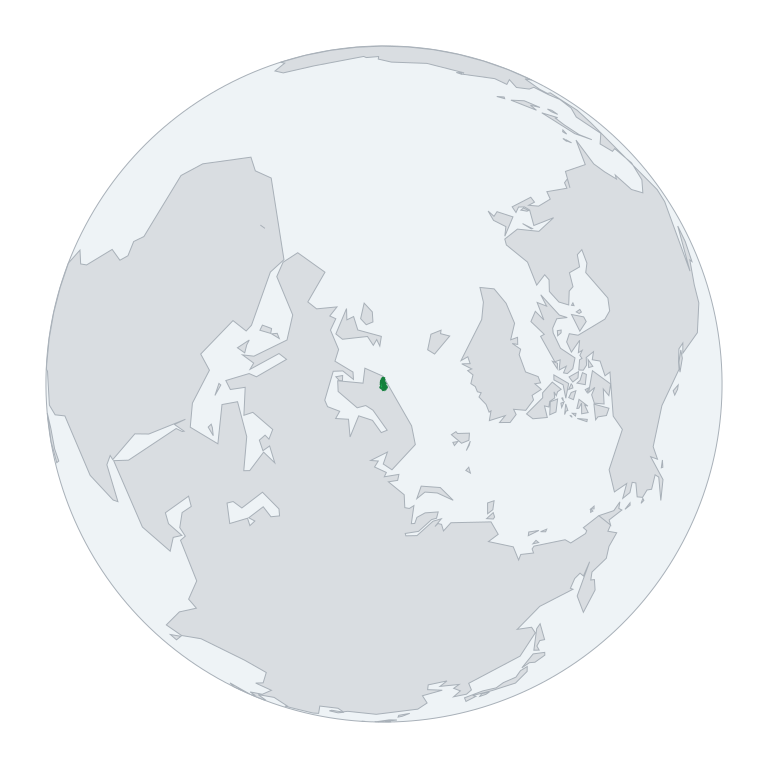 Møre og Romsdal on an orthographic globe, rotated 118°
{"feature_id": "NOR-910", "entity_name": "Møre og Romsdal", "entity_type": "County", "adm_level": 1, "iso_a3": "NOR", "parent_name": "Norway", "parent_adm1": "", "projection": "orthographic", "projection_center": [7.305, 62.718], "detail": "fine", "context": "on_globe", "style": "filled", "palette": "green", "viewbox_px": 768, "rotation_deg": 118, "n_neighbors": 0, "source": "natural_earth", "source_scale": "10m", "svg_char_len": 15465}
<svg xmlns="http://www.w3.org/2000/svg" viewBox="0 0 768 768"><g transform="rotate(118 384 384)"><circle cx="384" cy="384" r="338" fill="#eef3f6" stroke="#a8b0b8"/><path d="M46.3,396.2L48.4,402.7L50.7,385.0L50.7,376.2L48.9,373.9L51.6,342.0L56.3,323.9L84.1,234.1L91.2,221.8L97.9,214.4L140.7,166.8L106.6,198.8L116.8,184.9L131.3,169.6L130.9,172.2L150.8,156.6L164.6,144.1L191.6,131.4L216.5,134.6L207.5,139.4L214.5,140.1L226.3,134.3L232.4,130.4L272.6,128.5L313.0,116.9L322.0,107.2L323.0,114.4L337.4,92.8L356.9,84.9L337.2,97.7L336.9,102.0L351.3,98.3L354.1,102.0L362.7,102.5L364.8,107.5L353.1,115.2L354.3,118.7L364.4,115.9L372.9,119.5L357.9,123.0L371.1,129.9L354.0,145.0L312.2,152.2L304.8,166.5L267.4,190.1L273.0,192.7L262.3,204.0L264.8,211.5L257.1,214.2L265.7,217.9L272.2,214.0L278.2,214.5L280.2,218.6L270.8,222.7L268.4,221.2L266.8,224.5L261.2,224.8L265.1,227.1L253.5,231.8L267.9,233.5L261.1,242.5L252.6,244.0L249.8,235.5L223.0,219.4L213.5,219.1L203.0,226.7L190.9,258.2L182.0,261.6L172.5,272.4L179.1,274.0L188.8,266.3L198.7,272.5L209.4,262.8L215.0,264.1L227.5,258.0L229.5,268.1L224.7,281.4L214.5,287.2L212.1,293.4L225.0,295.6L209.0,314.5L203.8,341.2L199.3,345.4L184.6,338.9L176.5,318.9L157.5,312.3L173.7,326.1L162.0,337.1L161.7,343.1L164.6,348.3L170.6,348.0L167.4,354.0L150.2,342.1L152.8,336.5L158.3,340.2L154.4,331.0L142.7,324.0L137.7,330.5L125.3,314.4L121.5,319.1L116.8,318.4L123.5,311.9L111.1,323.6L95.8,309.3L78.5,329.0L91.2,302.1L93.1,288.9L93.9,275.0L90.9,277.9L96.1,256.8L93.7,245.2L82.6,252.2L72.6,269.1L67.9,290.8L71.3,291.5L70.6,305.9L60.9,310.2L58.0,339.6L52.5,348.4L50.2,362.3L51.3,374.3L51.7,391.0L55.4,394.2L60.0,406.3L56.4,416.2L61.8,416.2L62.4,429.6L73.6,460.1L71.8,459.9L80.8,496.7L96.3,528.6L99.8,541.6L97.4,542.5L104.1,552.9L104.3,555.7L136.0,595.2L156.6,619.0L158.8,627.2L147.3,622.3L148.6,626.5L130.8,607.8L114.5,587.8L99.7,566.6L86.6,544.4L75.2,521.2L65.6,497.3L57.9,472.6L52.1,447.5L48.2,422.0L46.3,396.2ZM73.4,333.2L70.5,372.0L67.3,355.7L68.8,357.5L70.6,346.3L72.2,328.7L70.7,315.2L73.4,333.2ZM82.9,337.5L83.0,331.6L83.6,336.7L82.9,337.5ZM234.6,128.2L226.3,133.8L214.6,137.9L221.2,132.7L234.6,128.2ZM257.3,122.1L254.2,125.5L246.7,123.8L250.8,122.3L257.3,122.1ZM327.8,99.8L320.4,102.5L326.6,98.7L327.8,99.8ZM363.5,101.8L364.7,99.9L368.7,101.0L363.5,101.8ZM225.6,253.0L226.5,255.4L223.7,255.3L225.6,253.0ZM230.1,248.1L226.2,246.1L227.8,243.5L230.1,244.8L230.1,248.1ZM375.5,109.8L381.5,112.4L373.4,111.0L375.5,109.8ZM234.6,251.1L231.0,239.2L233.9,234.8L245.4,235.9L234.6,251.1ZM383.6,114.8L398.3,121.4L402.2,117.7L399.4,132.5L387.9,121.6L377.3,120.4L383.6,118.3L383.6,114.8ZM273.4,211.0L266.6,215.3L270.4,207.9L273.4,211.0ZM274.4,206.2L277.6,183.9L288.7,180.0L285.4,188.1L298.3,180.3L302.2,189.3L296.0,195.6L288.0,196.3L295.5,199.3L274.4,206.2ZM395.6,139.9L397.4,142.8L393.2,141.2L395.6,139.9ZM280.8,214.1L280.5,209.8L290.1,206.0L292.6,214.0L288.7,212.6L280.8,214.1ZM299.8,174.0L307.4,172.8L312.6,179.7L316.3,180.3L303.2,189.2L299.8,174.0ZM287.5,215.6L293.6,218.2L290.9,223.9L281.8,218.1L287.5,215.6ZM291.6,201.7L296.3,200.4L294.5,203.7L291.6,201.7ZM284.9,246.0L284.2,240.6L289.2,238.1L284.9,246.0ZM296.0,218.8L296.9,216.9L298.8,215.4L302.1,218.3L296.0,218.8ZM307.8,193.6L308.4,196.9L313.4,190.3L317.5,195.5L308.1,200.6L313.9,200.6L315.1,202.2L306.0,204.6L307.8,193.6ZM311.2,216.8L300.6,225.5L300.6,235.9L296.2,238.3L296.9,221.2L311.2,216.8ZM308.9,209.4L309.3,214.5L303.6,214.7L299.9,211.4L308.9,209.4ZM323.7,197.2L319.8,187.9L322.0,187.2L323.7,197.2ZM312.3,219.7L314.8,217.6L313.0,220.4L312.3,219.7ZM321.5,204.0L319.8,200.7L322.4,199.9L321.5,204.0ZM321.3,216.1L317.9,218.8L315.2,216.6L321.3,216.1ZM322.3,210.5L326.2,210.2L316.3,214.2L321.1,209.2L322.3,210.5ZM324.1,203.8L325.1,202.2L324.5,205.2L324.1,203.8ZM333.4,223.2L321.6,228.8L315.7,223.7L328.0,219.0L333.4,223.2ZM720.5,352.7L720.7,355.2L719.4,352.1L718.7,357.6L715.1,345.8L707.3,339.6L708.3,356.9L704.6,350.4L694.0,352.5L693.3,377.3L694.8,425.9L701.1,444.7L698.9,463.1L681.3,457.7L670.0,444.4L665.7,455.5L645.8,456.9L617.5,490.3L611.6,488.0L606.7,496.9L592.3,501.9L582.6,496.7L574.8,503.9L600.3,516.6L608.5,508.7L612.6,491.4L618.4,498.1L632.0,494.3L623.7,530.2L578.6,586.7L571.2,573.8L520.9,546.6L520.7,539.9L520.3,539.3L519.5,538.3L518.1,550.0L508.4,542.8L538.6,568.2L545.0,580.6L578.1,588.0L575.7,592.2L585.4,590.8L612.8,563.7L613.6,568.7L602.6,600.6L562.0,650.8L565.6,659.9L559.8,669.5L530.7,687.1L529.5,689.0L524.7,691.2L500.7,701.1L476.1,709.1L450.9,715.2L425.3,719.4L408.5,715.3L420.4,708.2L418.5,702.5L392.8,687.2L398.7,675.3L391.0,670.3L375.7,671.9L366.5,665.2L357.0,664.7L295.2,661.1L274.7,647.4L246.2,608.0L256.2,597.7L255.1,580.3L321.2,530.7L338.5,536.9L394.3,528.6L401.9,530.6L398.9,547.1L443.6,559.9L453.8,544.6L490.8,544.2L513.1,534.8L514.8,502.6L478.2,517.4L468.4,505.0L494.9,480.5L526.4,467.1L523.5,461.9L500.7,458.3L504.9,443.4L492.4,455.9L499.7,459.6L492.1,467.7L485.0,465.0L486.7,459.7L476.4,460.9L470.6,486.5L477.4,493.0L452.1,505.0L461.0,517.1L455.2,525.3L438.1,508.0L437.5,500.0L408.0,481.6L406.4,491.0L434.0,509.2L426.7,508.9L424.7,522.6L420.5,511.9L390.7,490.3L365.9,497.0L339.5,529.1L323.9,530.3L308.6,521.8L313.0,488.6L347.3,489.8L349.3,478.8L338.0,461.7L349.4,463.8L349.0,457.2L361.5,456.6L374.8,440.3L386.9,438.0L388.0,417.0L394.3,413.1L391.8,426.5L396.6,434.8L426.1,428.7L430.5,423.2L428.9,410.3L437.2,410.5L431.8,398.8L446.7,389.1L424.0,391.4L421.5,377.1L428.2,363.6L423.3,359.5L412.3,381.5L411.6,390.0L417.6,396.5L412.1,421.0L402.9,426.4L393.1,402.9L379.0,408.3L377.6,388.3L408.0,340.0L422.8,327.9L456.0,336.7L455.0,347.1L442.5,349.0L457.8,359.9L454.7,352.9L461.7,353.4L461.0,340.4L465.8,340.2L456.8,328.4L462.7,326.7L468.3,334.2L472.3,314.2L483.4,307.6L482.0,303.2L477.3,300.5L494.5,294.3L492.7,291.4L486.3,292.3L478.5,287.2L471.5,276.1L477.9,274.6L481.3,278.3L497.9,284.3L506.0,295.1L507.8,293.4L502.4,283.7L482.1,276.3L476.1,270.1L485.9,272.1L481.9,270.9L480.9,267.3L485.8,262.5L475.1,259.8L455.5,224.8L463.1,212.6L474.1,217.8L467.1,193.4L476.2,182.5L470.3,183.2L463.0,172.6L460.1,175.8L456.7,175.4L436.5,151.0L436.7,144.5L421.4,135.8L418.3,136.2L417.3,140.5L399.4,132.5L402.2,117.7L408.9,117.2L406.1,108.7L421.8,109.1L433.5,105.9L452.4,112.1L460.0,109.4L457.9,106.4L466.8,100.9L492.0,100.8L480.5,113.9L444.4,119.0L459.9,117.8L459.0,122.1L466.2,124.3L476.9,123.5L476.5,120.8L507.2,142.1L538.1,151.2L529.5,139.5L532.7,133.6L560.4,136.1L608.5,168.7L613.1,163.2L619.1,165.5L627.5,175.7L619.1,172.5L620.0,179.6L614.0,176.6L624.7,192.6L616.6,189.0L628.9,203.7L633.4,202.0L627.0,188.8L641.2,203.7L645.4,196.2L655.2,201.5L679.3,235.8L690.0,262.3L692.6,266.1L691.9,272.4L698.5,289.5L705.5,287.1L707.8,292.1L715.0,320.3L713.8,317.3L712.3,333.9L717.3,349.2L718.7,339.6L719.3,342.1L720.5,352.7ZM302.5,562.2L301.7,567.8L302.5,562.2ZM562.8,466.7L579.6,454.7L566.6,441.5L572.0,435.9L565.6,433.7L565.6,440.6L549.1,433.0L554.3,421.5L549.5,414.3L543.6,418.1L536.6,440.5L560.2,451.3L558.6,462.0L562.8,466.7ZM74.1,460.9L75.0,466.4L72.9,461.6L74.1,460.9ZM64.4,357.2L65.0,363.9L64.5,368.8L63.6,364.3L64.4,357.2ZM75.4,411.4L77.2,419.4L74.2,412.7L75.4,411.4ZM70.7,377.9L73.8,405.2L68.1,393.2L66.6,376.1L69.1,385.6L70.7,377.9ZM77.6,340.0L77.4,344.7L75.7,345.3L77.6,340.0ZM83.3,341.3L83.0,339.9L84.1,336.5L83.3,341.3ZM163.0,337.8L164.3,338.9L166.2,344.8L163.0,343.4L163.0,337.8ZM188.1,364.1L182.4,373.3L184.3,365.6L178.8,365.1L175.9,348.6L196.8,346.7L187.8,350.3L188.1,364.1ZM177.9,326.8L177.3,337.0L177.1,325.9L177.9,326.8ZM334.4,422.9L340.0,427.5L337.3,435.3L321.9,439.5L325.8,428.2L334.4,422.9ZM348.6,432.5L343.2,408.7L352.5,405.5L348.2,411.3L354.9,411.6L349.8,420.9L364.0,441.7L362.4,450.0L335.0,452.5L344.8,446.9L338.7,442.5L348.6,432.5ZM313.0,357.7L310.8,348.5L333.8,353.4L333.3,361.5L318.0,365.9L309.7,358.9L313.0,357.7ZM255.5,256.0L253.2,252.9L255.7,251.7L259.9,253.3L255.5,256.0ZM284.2,243.6L268.4,268.1L264.9,265.8L259.9,283.6L248.8,284.5L252.4,272.9L240.1,287.1L238.9,277.0L231.6,287.5L240.8,261.6L239.3,253.4L245.3,262.1L255.5,261.3L259.5,258.6L269.6,244.9L271.3,227.6L281.8,224.5L288.7,227.0L289.9,230.7L282.7,231.4L289.4,235.9L280.0,239.8L284.2,243.6ZM363.8,263.9L355.0,262.1L366.9,273.8L357.5,276.9L359.5,278.0L354.1,284.3L350.9,294.0L346.1,294.1L347.0,297.9L343.4,302.2L342.9,307.5L334.2,309.7L332.9,316.4L329.5,313.6L329.7,324.8L325.6,317.5L320.6,322.8L327.2,327.0L281.2,328.0L265.0,334.7L253.7,344.6L248.3,331.4L255.4,314.1L269.1,297.2L285.5,292.9L280.1,288.0L286.3,284.5L288.0,289.8L289.1,279.7L294.7,278.4L306.9,264.7L305.1,251.4L309.5,246.3L313.0,250.9L314.9,242.6L324.5,247.9L327.9,244.5L340.7,246.5L345.5,257.7L348.9,253.0L358.8,254.6L363.8,263.9ZM336.9,224.1L344.8,236.2L343.5,244.1L321.7,237.4L317.3,239.8L303.3,236.3L305.5,225.1L309.3,227.1L313.5,226.4L311.1,230.2L316.2,226.7L321.6,229.5L326.9,227.6L328.0,232.0L336.9,224.1ZM408.4,523.6L413.8,523.6L421.9,521.6L420.8,530.4L408.4,523.6ZM387.8,509.3L392.5,507.8L394.8,518.8L389.1,519.0L387.8,509.3ZM393.0,497.8L392.5,506.8L389.4,502.1L393.0,497.8ZM395.9,424.5L400.6,422.2L401.9,425.1L400.2,429.9L395.9,424.5ZM397.1,300.7L392.3,298.1L393.2,295.9L387.3,285.5L393.8,282.6L399.9,287.7L397.1,300.7ZM509.8,510.5L504.6,519.0L500.6,517.7L503.2,515.0L509.8,510.5ZM461.5,527.6L473.5,527.9L461.0,530.0L461.5,527.6ZM403.2,295.8L400.1,291.8L405.3,292.9L403.2,295.8ZM398.3,280.0L404.1,280.1L393.9,281.0L398.3,280.0ZM567.8,667.6L579.9,657.1L595.9,644.4L604.7,635.0L607.1,636.0L591.2,650.9L567.8,667.6ZM721.8,374.2L720.2,379.7L720.5,368.9L720.8,357.0L721.8,374.2ZM702.1,444.9L707.3,447.1L705.5,455.0L702.1,444.9ZM692.2,245.4L690.7,242.2L690.9,242.6L692.2,245.4ZM684.6,229.8L685.8,232.1L686.5,233.7L684.6,229.8ZM695.9,270.2L698.2,278.8L696.6,277.0L692.6,265.1L695.9,270.2ZM662.7,206.6L668.9,212.0L671.5,215.2L669.6,215.4L662.7,206.6ZM454.2,268.3L455.2,285.8L460.2,297.1L469.8,301.2L456.7,303.2L449.0,285.7L454.2,268.3ZM454.7,230.2L446.3,227.2L449.5,223.9L451.9,224.1L454.7,230.2ZM449.9,231.6L440.4,236.7L435.4,232.0L443.9,228.9L449.9,231.6ZM422.1,265.9L421.9,271.2L417.7,270.1L422.1,265.9ZM679.9,220.8L685.3,231.5L678.1,221.7L674.6,214.8L681.5,224.7L679.0,219.2L679.9,220.8ZM614.9,152.8L611.6,152.3L606.4,146.3L610.1,148.3L614.9,152.8ZM586.3,127.5L603.9,144.6L617.4,159.4L616.6,156.2L625.8,162.6L623.3,165.6L608.7,152.8L599.6,142.3L591.6,138.4L580.9,129.9L573.0,128.9L566.2,124.9L570.6,122.7L586.3,127.5ZM569.9,129.0L552.3,125.6L545.5,116.1L547.9,114.7L558.8,120.1L561.8,124.8L569.9,129.0ZM546.1,122.1L548.7,126.7L528.3,134.3L522.4,133.6L534.3,122.2L537.4,126.0L543.6,126.0L546.1,122.1ZM400.3,141.3L397.6,142.7L398.1,139.9L400.3,141.3ZM455.2,177.5L450.7,176.4L451.4,173.0L455.2,177.5ZM438.6,171.9L440.9,176.4L435.8,172.2L438.6,171.9ZM446.7,186.7L440.6,178.5L450.2,185.4L446.7,186.7Z" fill="#d9dde1" stroke="#a8b0b8" stroke-width="1"/><path d="M378.9,388.1L379.0,388.0L379.1,387.7L379.3,387.8L379.2,387.6L378.8,387.5L378.7,387.4L378.8,387.1L379.4,387.2L379.5,387.5L379.5,387.3L379.5,387.2L379.8,387.1L380.0,387.0L380.2,387.5L380.0,387.9L380.0,388.1L380.2,387.7L380.3,387.4L380.5,387.6L380.5,387.8L380.7,387.7L381.0,387.7L381.4,387.9L380.6,387.6L380.4,387.1L380.2,387.0L380.2,386.8L380.5,387.0L380.4,386.9L380.3,386.7L380.5,386.4L381.3,386.0L381.5,386.6L381.7,386.8L381.9,387.2L381.9,387.4L381.9,387.6L382.0,387.4L381.8,386.7L381.6,386.4L381.5,386.1L381.5,385.9L381.8,385.9L382.0,386.1L382.0,385.9L381.9,385.8L382.3,385.6L382.8,385.8L382.8,386.1L383.1,386.6L383.2,387.1L383.0,387.5L383.5,387.5L383.2,387.6L383.3,387.2L383.2,386.7L383.3,386.6L383.5,386.6L383.7,386.8L383.9,386.6L384.0,386.6L384.3,386.9L384.2,386.6L383.6,386.5L383.2,386.4L382.9,386.1L383.1,386.0L382.8,385.6L382.5,385.5L382.6,385.4L382.3,385.4L381.8,385.7L381.5,385.7L381.3,385.5L381.1,385.6L381.4,385.4L381.7,385.3L382.3,385.3L382.1,385.2L381.7,385.2L382.0,385.1L381.9,385.1L381.2,385.1L381.2,384.9L381.2,384.7L381.9,384.6L382.0,384.7L382.1,384.9L382.1,384.6L382.5,384.4L382.9,384.7L382.9,384.8L382.9,384.7L383.0,384.6L382.9,384.4L383.0,384.4L383.4,384.4L383.4,384.5L383.5,385.1L383.6,384.8L383.5,384.7L384.2,384.7L384.3,385.0L384.6,385.0L384.6,385.3L384.7,385.2L385.3,384.8L385.2,384.8L384.5,384.9L384.3,384.7L384.4,384.4L384.5,384.5L384.5,384.8L384.6,384.6L384.6,384.4L384.8,384.1L385.4,383.9L385.9,383.9L386.3,384.1L386.2,384.0L386.1,383.9L386.0,383.7L384.9,383.9L384.5,384.2L384.2,384.2L384.3,384.0L384.2,383.9L384.4,383.7L385.0,383.5L384.8,383.5L384.0,383.8L383.1,384.0L383.0,383.9L383.1,383.7L383.2,383.4L383.3,383.4L383.8,383.4L383.5,383.2L383.2,383.3L383.1,383.0L383.0,382.9L382.9,382.9L383.4,382.4L383.9,382.3L384.3,382.6L384.4,382.8L384.5,382.9L385.0,382.5L385.3,382.5L385.2,382.7L385.0,382.8L385.4,382.6L385.6,382.6L385.8,382.5L386.1,382.6L386.2,382.8L386.2,383.1L386.3,383.4L386.4,383.5L386.7,383.6L387.0,383.9L387.3,384.0L387.4,384.3L387.4,384.2L386.8,383.5L386.5,383.4L386.4,383.2L386.4,382.8L386.3,382.6L385.9,382.3L385.8,382.2L385.7,382.2L385.8,382.3L385.5,382.3L385.7,382.0L385.8,381.8L386.1,381.7L386.2,381.9L386.2,382.0L386.3,382.2L386.5,382.3L386.7,382.5L386.8,382.6L386.7,382.6L386.8,382.8L386.8,383.0L387.2,383.2L387.3,383.2L387.0,382.9L387.4,383.0L387.6,383.2L387.8,383.3L387.5,383.0L387.2,382.9L387.0,382.6L387.6,382.5L387.7,382.4L387.3,382.4L387.4,382.2L387.2,382.3L386.9,382.5L386.7,382.3L387.1,382.2L386.5,382.2L386.5,381.9L386.3,381.6L386.6,381.8L386.7,381.7L386.5,381.4L387.3,381.5L387.6,381.7L387.4,381.5L387.4,381.4L387.5,381.2L388.1,381.1L388.1,381.3L388.1,381.5L388.3,381.5L388.6,381.4L389.1,381.4L389.1,381.1L389.6,381.0L389.8,381.9L390.1,382.1L389.8,382.5L389.7,382.6L389.8,382.9L389.7,383.2L388.4,383.8L388.4,384.0L389.1,384.7L389.3,384.8L389.1,385.7L388.9,385.9L388.5,386.0L388.2,385.9L387.0,386.0L386.3,386.2L386.1,386.7L386.0,387.0L385.8,387.1L385.7,387.1L385.4,387.0L385.2,387.1L384.8,387.5L384.5,387.6L384.1,387.9L383.5,388.0L383.2,388.2L382.6,388.4L382.3,387.9L382.2,387.8L381.6,388.1L381.3,388.4L381.1,388.3L380.9,388.2L380.7,388.4L380.2,388.2L379.8,388.3L379.6,388.3L379.2,388.4L378.9,388.2L378.9,388.1ZM388.2,381.0L387.5,381.1L387.4,380.8L387.1,380.6L387.8,380.3L387.9,380.2L387.7,380.2L387.5,379.9L387.9,379.8L388.0,380.0L388.3,380.2L388.2,381.0ZM385.6,380.3L385.8,380.3L385.3,380.1L385.2,379.9L385.6,379.8L385.8,379.5L386.0,379.5L386.2,379.8L386.3,379.9L386.3,380.0L386.2,380.3L385.8,380.5L385.8,380.4L385.6,380.3ZM384.9,382.0L385.1,382.3L384.9,382.4L384.6,382.7L384.4,382.5L384.2,382.5L384.2,382.4L384.3,382.2L384.5,381.9L384.5,382.0L384.8,381.9L384.7,381.6L384.9,381.7L384.9,382.0ZM380.3,385.7L380.4,386.0L380.6,386.2L380.1,386.7L379.9,386.7L380.0,386.5L380.0,386.3L379.9,386.1L379.9,385.9L380.1,385.7L380.3,385.7ZM379.7,386.5L379.9,386.6L379.9,386.8L379.6,387.1L379.2,387.0L379.0,386.8L379.3,386.8L379.1,386.7L379.6,386.4L379.7,386.5ZM387.0,380.6L387.4,381.1L387.4,381.3L386.8,381.3L386.5,380.9L386.6,380.7L386.7,380.8L386.8,380.7L386.9,381.0L386.9,380.9L386.9,380.7L387.0,380.6ZM386.1,380.9L386.3,381.1L386.4,381.4L385.9,381.5L385.7,381.3L386.1,380.9L386.1,380.9ZM382.8,383.8L383.0,384.0L382.9,384.1L382.3,384.4L382.3,384.2L382.2,384.2L382.3,384.1L382.3,383.9L382.5,384.0L382.8,383.8ZM385.3,381.9L385.6,381.7L385.6,381.8L385.5,382.1L385.3,382.2L385.0,382.0L385.1,381.8L385.3,381.9ZM381.2,385.7L381.3,385.7L381.3,385.8L380.9,385.9L380.7,385.8L380.5,385.6L381.0,385.6L381.2,385.7ZM382.7,383.3L383.0,383.2L383.0,383.3L382.9,383.5L382.6,383.4L382.6,383.2L382.7,383.3ZM386.5,381.0L386.7,381.3L386.4,381.4L386.3,381.1L386.5,381.0ZM379.4,386.3L379.3,386.2L379.6,386.1L379.7,386.3L379.5,386.2L379.4,386.3ZM379.3,386.2L379.1,386.2L379.3,386.1L379.3,386.2Z" fill="#22c55e" stroke="#15803d" stroke-width="1.5"/></g></svg>